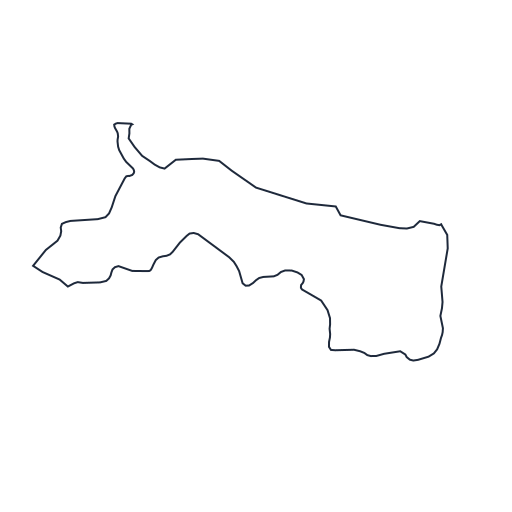 SVG path tracing the border of Tottori, rotated 22°
{"feature_id": "JPN-1825", "entity_name": "Tottori", "entity_type": "Prefecture", "adm_level": 1, "iso_a3": "JPN", "parent_name": "Japan", "parent_adm1": "", "projection": "albers", "projection_center": [133.728, 35.325], "detail": "fine", "context": "isolated", "style": "outline", "palette": "slate", "viewbox_px": 512, "rotation_deg": 22, "n_neighbors": 0, "source": "natural_earth", "source_scale": "10m", "svg_char_len": 2110}
<svg xmlns="http://www.w3.org/2000/svg" viewBox="0 0 512 512"><g transform="rotate(22 256 256)"><path d="M91.9,180.3L91.1,181.2L90.9,185.5L92.7,189.8L93.9,194.7L102.6,200.4L112.9,205.8L122.0,207.7L127.8,209.2L133.5,209.9L138.5,209.2L145.6,196.8L160.6,189.9L170.3,185.6L186.2,181.6L201.5,186.0L230.4,192.6L283.1,188.4L311.4,180.2L319.2,186.6L359.8,180.4L378.5,176.5L385.6,174.0L391.3,169.9L394.8,162.3L409.1,159.4L411.8,159.3L414.6,158.7L415.8,157.2L416.7,158.0L425.4,164.8L430.9,177.1L439.2,214.9L446.2,228.8L448.0,234.8L449.4,242.5L456.4,253.0L457.6,256.7L458.1,259.6L458.2,262.5L459.0,268.7L458.9,274.7L457.4,279.7L453.7,284.7L445.1,291.6L441.0,294.0L437.5,294.5L433.6,293.3L431.4,291.4L425.4,290.3L411.4,298.7L404.9,303.7L399.8,305.8L396.3,306.2L392.8,305.3L388.3,305.3L382.0,306.2L364.8,313.7L360.7,315.0L357.7,312.9L355.9,308.3L355.1,303.9L354.0,300.6L351.5,295.9L350.3,291.6L347.9,285.9L342.6,279.4L333.1,272.9L311.2,269.8L309.6,268.7L309.2,267.7L308.7,266.0L309.5,263.5L309.6,261.9L309.1,259.5L305.4,256.5L300.6,255.7L294.5,256.1L288.4,258.5L285.1,261.5L283.0,265.4L280.1,268.2L270.6,272.7L267.2,275.2L265.1,278.4L263.4,282.1L260.6,286.0L257.5,287.4L253.8,286.3L246.0,276.3L241.8,272.7L237.6,269.7L231.6,267.2L194.2,257.5L189.6,258.0L186.0,260.1L184.2,263.3L180.4,272.1L177.2,283.3L175.7,286.7L173.0,289.3L169.7,291.2L166.3,293.9L164.6,297.3L164.1,302.4L164.0,305.8L163.7,308.2L162.9,309.7L161.4,310.5L146.9,316.2L132.3,316.9L129.4,319.2L128.0,322.2L128.1,325.5L128.5,328.5L128.1,331.8L126.5,335.2L121.3,338.9L105.6,345.8L100.5,347.0L97.6,349.4L93.0,354.8L82.8,351.4L64.1,350.8L53.0,348.6L58.9,329.1L66.2,316.2L67.0,310.4L66.1,306.0L64.3,302.8L64.0,298.9L67.0,295.8L70.8,293.0L95.5,281.1L101.9,276.4L103.8,271.6L104.0,265.0L103.2,253.1L105.2,233.2L105.9,230.7L107.4,229.7L108.7,229.2L110.9,227.2L111.6,225.2L111.5,223.6L110.7,222.3L110.0,221.6L109.1,220.9L100.4,217.4L96.9,215.2L89.5,209.1L87.2,206.3L84.7,201.7L84.1,200.0L83.4,196.9L82.6,195.4L81.8,194.0L80.7,192.8L77.3,190.1L76.2,188.9L75.3,187.3L76.5,185.7L77.9,184.6L90.7,180.1L91.9,180.3Z" fill="none" stroke="#1e293b" stroke-width="2"/></g></svg>